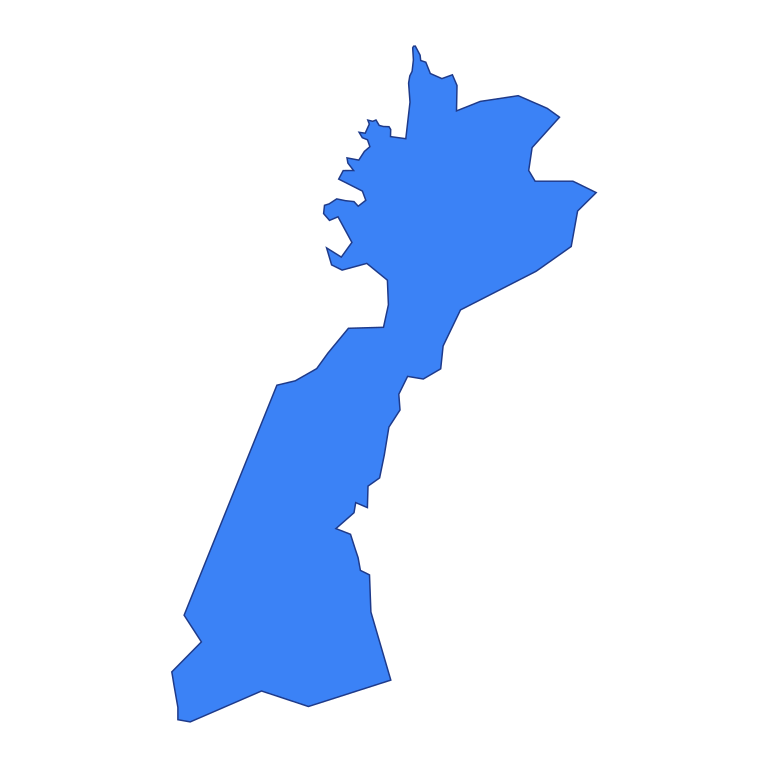 outline of Agios Ioannis Selemani, Nicosia, Cyprus
{"feature_id": "46923920B8865059682023", "entity_name": "Agios Ioannis Selemani", "entity_type": "district", "adm_level": 2, "iso_a3": "CYP", "parent_name": "Cyprus", "parent_adm1": "Nicosia", "projection": "equal_earth", "projection_center": [32.7, 35.14], "detail": "fine", "context": "isolated", "style": "filled", "palette": "blue", "viewbox_px": 768, "rotation_deg": 0, "n_neighbors": 0, "source": "geoboundaries", "source_scale": "gbopen_adm2", "svg_char_len": 1413}
<svg xmlns="http://www.w3.org/2000/svg" viewBox="0 0 768 768"><path d="M596.2,192.6L572.9,181.2L535.1,181.2L528.7,170.5L532.1,147.6L559.5,117.2L547.3,108.4L518.2,95.7L480.3,101.4L456.5,110.9L457.0,85.5L452.4,74.8L441.9,78.6L430.3,73.5L425.8,62.2L420.7,60.5L420.1,55.2L415.3,46.1L413.6,46.2L412.7,47.8L413.4,60.0L412.1,71.3L409.8,75.9L408.6,83.1L410.0,102.2L405.8,138.7L390.5,136.6L390.7,129.5L389.0,126.7L383.3,126.5L379.2,125.4L376.0,120.0L372.7,121.3L367.8,120.1L369.3,124.1L365.2,133.2L359.1,132.3L362.3,137.7L367.5,139.8L369.9,146.7L364.4,151.4L358.8,160.1L347.0,157.9L347.9,163.1L353.6,170.5L343.2,170.6L338.7,179.1L362.4,191.1L365.8,200.3L358.2,206.2L354.0,201.6L345.5,200.7L336.7,198.9L329.1,203.9L324.5,205.3L323.6,213.6L329.5,220.4L338.0,216.8L351.9,242.4L341.3,257.1L326.6,247.9L331.6,264.9L342.1,270.1L366.8,263.4L387.4,280.2L388.4,304.8L383.5,327.3L348.4,328.3L328.0,353.0L316.7,368.6L295.3,380.8L276.9,385.2L184.1,615.2L201.4,641.9L171.8,671.9L172.8,677.8L173.8,684.1L177.9,707.5L177.9,719.7L190.2,721.9L261.5,691.0L308.4,706.5L390.8,680.1L370.9,612.0L369.5,574.9L360.4,570.4L358.1,557.7L355.0,548.4L350.5,534.3L335.9,528.6L354.0,512.7L355.7,502.6L367.4,507.6L368.0,486.1L379.6,477.9L384.3,455.0L388.9,427.1L400.0,410.0L398.8,394.2L407.6,376.4L423.3,379.0L440.7,368.8L443.1,346.0L460.5,309.9L536.2,271.2L571.2,246.5L577.6,211.0L596.2,192.6Z" fill="#3b82f6" stroke="#1e3a8a" stroke-width="1.5"/></svg>